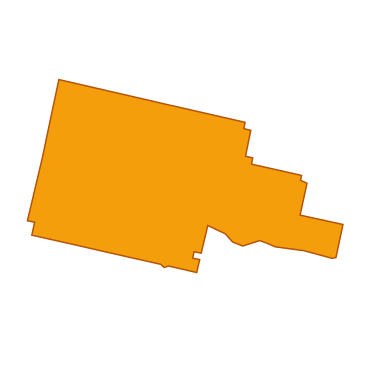 outline of Tallapoosa, Alabama, United States of America, rotated 283°
{"feature_id": "52423323B32872285369279", "entity_name": "Tallapoosa", "entity_type": "district", "adm_level": 2, "iso_a3": "USA", "parent_name": "United States of America", "parent_adm1": "Alabama", "projection": "equal_earth", "projection_center": [-85.836, 32.8], "detail": "fine", "context": "isolated", "style": "filled", "palette": "amber", "viewbox_px": 384, "rotation_deg": 283, "n_neighbors": 0, "source": "geoboundaries", "source_scale": "gbopen_adm2", "svg_char_len": 666}
<svg xmlns="http://www.w3.org/2000/svg" viewBox="0 0 384 384"><g transform="rotate(283 192 192)"><path d="M248.7,37.4L210.8,38.1L192.6,38.5L127.0,38.1L127.1,45.5L113.9,45.6L114.2,92.2L114.2,121.4L114.5,177.9L112.2,181.8L114.6,185.8L114.6,214.7L127.9,214.7L127.7,207.5L134.2,207.5L134.5,214.7L157.0,214.9L162.9,214.9L158.8,233.8L152.4,242.8L150.8,253.6L159.9,268.9L159.0,276.2L157.3,285.5L160.0,314.2L158.9,343.4L160.5,347.0L194.3,346.4L193.9,313.7L193.8,302.5L226.4,302.1L227.8,295.1L232.8,295.0L232.5,243.7L238.9,243.5L238.9,236.1L265.3,235.4L265.4,228.3L271.8,228.0L271.6,142.9L271.6,37.0L248.7,37.4Z" fill="#f59e0b" stroke="#b45309" stroke-width="1.5"/></g></svg>